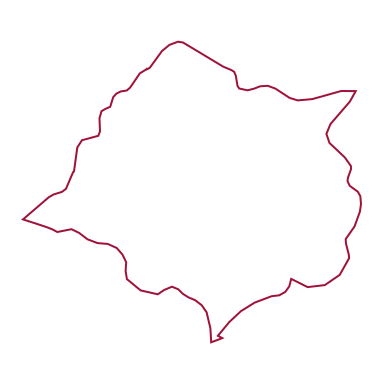 an SVG outline of Cankuzo
{"feature_id": "BDI-2632", "entity_name": "Cankuzo", "entity_type": "Province", "adm_level": 1, "iso_a3": "BDI", "parent_name": "Burundi", "parent_adm1": "", "projection": "albers", "projection_center": [30.587, -3.141], "detail": "fine", "context": "isolated", "style": "outline", "palette": "rose", "viewbox_px": 384, "rotation_deg": 0, "n_neighbors": 0, "source": "natural_earth", "source_scale": "10m", "svg_char_len": 1338}
<svg xmlns="http://www.w3.org/2000/svg" viewBox="0 0 384 384"><path d="M146.6,69.1L146.7,69.4L149.7,67.9L162.0,51.0L169.4,44.9L178.0,41.7L183.0,42.5L223.3,66.7L231.5,70.1L234.2,71.9L235.8,75.7L237.5,85.8L239.2,88.5L247.5,90.3L254.0,88.7L260.1,86.3L267.8,85.8L275.4,88.6L289.6,97.9L297.8,100.4L312.3,99.1L341.2,91.0L355.7,91.1L351.6,98.5L349.7,101.8L330.5,124.0L326.4,133.9L329.5,143.0L344.8,157.4L350.9,166.0L351.0,169.2L348.0,177.5L347.5,181.1L349.7,185.8L357.8,191.7L360.3,196.1L361.0,204.0L359.9,211.7L354.5,226.5L345.7,239.1L346.0,243.6L348.8,254.7L349.1,258.2L339.7,274.9L324.8,285.1L307.6,287.1L291.2,278.9L289.3,286.3L285.3,291.9L279.3,295.3L271.7,296.2L254.7,302.6L241.0,311.1L229.3,322.0L217.9,335.8L222.3,338.1L222.1,338.2L211.2,342.3L210.4,328.3L206.6,312.3L201.8,305.3L195.2,300.2L188.7,297.5L182.9,293.9L178.3,289.3L172.0,286.7L164.3,289.9L157.8,294.3L140.6,290.4L126.9,279.1L125.6,270.8L126.2,262.2L122.4,254.5L116.7,248.0L107.7,243.9L97.5,243.1L87.5,239.3L79.1,232.9L71.5,229.2L57.3,232.0L52.2,229.3L46.6,227.1L23.0,219.4L48.7,197.3L53.5,194.5L61.9,191.9L66.0,188.8L73.1,172.1L74.0,171.4L77.3,147.4L82.0,140.2L98.3,135.8L100.0,131.3L99.5,118.2L101.5,111.2L105.8,108.7L110.2,106.8L113.2,97.2L116.3,93.7L120.9,91.4L126.8,90.5L130.2,87.5L139.8,73.4L146.4,69.3L146.6,69.1Z" fill="none" stroke="#9f1239" stroke-width="2"/></svg>